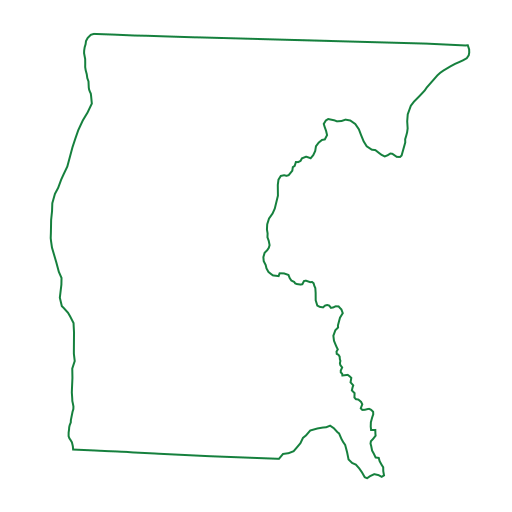 the district of Breu Branco, Pará, Brazil, rotated 2°
{"feature_id": "56859067B62895798843841", "entity_name": "Breu Branco", "entity_type": "district", "adm_level": 2, "iso_a3": "BRA", "parent_name": "Brazil", "parent_adm1": "Pará", "projection": "robinson", "projection_center": [-49.279, -3.757], "detail": "fine", "context": "isolated", "style": "outline", "palette": "green", "viewbox_px": 512, "rotation_deg": 2, "n_neighbors": 0, "source": "geoboundaries", "source_scale": "gbopen_adm2", "svg_char_len": 4004}
<svg xmlns="http://www.w3.org/2000/svg" viewBox="0 0 512 512"><g transform="rotate(2 256 256)"><path d="M85.6,101.7L86.6,109.4L82.6,118.6L80.8,121.8L78.2,126.5L74.0,136.4L71.4,144.8L68.8,153.7L64.3,173.2L60.9,181.0L58.7,186.3L55.9,194.8L52.9,200.9L50.6,210.3L50.6,218.3L50.0,227.0L50.2,239.9L50.2,241.9L50.2,245.3L50.6,248.0L51.8,254.7L56.7,269.5L59.5,278.7L62.4,284.7L62.5,291.5L61.4,304.5L63.7,312.9L65.5,314.5L70.2,319.4L72.5,323.1L76.0,329.4L76.2,332.0L76.8,338.8L77.3,357.5L77.4,360.1L78.5,367.3L76.3,374.9L76.8,384.3L76.7,395.6L76.7,398.8L77.3,404.6L77.5,407.3L78.2,410.1L78.8,412.8L78.8,415.4L78.1,418.0L76.7,426.5L76.7,428.8L75.7,431.6L75.3,433.6L75.2,436.1L74.9,439.0L75.0,442.6L75.9,444.8L77.1,446.4L78.5,448.6L79.1,450.7L79.6,452.6L80.0,455.8L102.4,456.0L106.7,456.1L108.4,456.1L114.0,456.2L115.7,456.2L121.9,456.2L123.7,456.2L127.6,456.3L129.8,456.3L133.4,456.3L139.4,456.6L161.6,456.9L164.9,457.0L216.0,457.7L286.0,457.9L289.9,452.9L295.5,451.9L300.4,449.8L303.2,446.3L306.9,441.6L309.3,436.1L312.2,433.6L316.3,428.5L323.5,426.2L328.8,425.1L332.1,424.7L336.0,423.0L339.8,425.4L343.7,429.4L345.2,430.4L347.8,435.9L349.6,438.9L351.7,441.7L353.9,449.0L355.6,456.1L359.3,459.5L363.1,461.0L366.6,464.7L369.5,468.6L372.4,473.3L374.8,474.2L377.7,472.0L381.8,469.9L386.1,470.7L389.3,472.3L391.6,470.8L390.7,466.6L390.5,462.7L388.7,460.1L386.7,456.7L385.7,453.5L382.6,453.2L380.6,449.4L378.8,446.4L377.7,441.7L377.0,439.5L377.3,437.1L379.4,434.7L381.8,431.4L381.5,429.1L381.3,425.7L377.1,425.9L376.6,422.4L376.6,418.1L377.7,413.4L378.7,410.1L378.5,407.6L376.4,405.7L374.4,404.8L372.8,405.1L370.1,405.9L367.6,406.1L366.0,404.6L366.7,402.5L367.4,400.5L366.1,398.1L363.3,395.9L360.8,395.6L359.3,394.0L359.3,389.6L356.5,387.0L357.1,383.9L357.7,381.9L354.9,379.0L355.5,374.5L353.7,372.9L351.8,371.6L346.5,372.4L346.2,370.6L344.8,369.4L344.7,367.5L346.0,364.4L344.1,362.1L343.6,360.2L344.0,357.9L343.4,356.2L343.1,353.6L341.8,351.8L340.1,351.0L339.8,348.7L341.0,346.5L339.6,343.9L338.6,341.8L336.9,338.0L336.1,333.0L337.9,327.4L340.5,324.6L340.3,322.5L340.9,319.9L342.1,314.7L344.7,310.1L343.2,306.4L341.7,305.0L340.3,303.5L337.3,303.5L335.0,304.7L332.7,305.2L330.9,303.0L328.9,302.5L326.8,303.1L324.8,305.0L321.5,304.6L319.0,303.4L317.2,298.2L316.9,290.9L316.4,286.0L315.3,283.7L314.5,281.2L312.9,280.0L311.2,280.3L306.7,278.9L304.8,279.4L303.3,282.6L301.6,283.0L297.8,282.6L296.1,282.0L295.1,280.6L292.2,279.3L290.5,277.0L289.1,273.8L284.5,272.4L280.2,272.5L279.3,275.3L273.6,274.8L271.4,273.3L269.0,271.5L266.9,268.0L266.0,264.7L264.9,262.7L263.9,260.9L263.4,256.9L264.5,252.5L267.1,249.7L268.5,247.4L269.2,244.7L268.2,240.4L266.8,236.9L266.8,233.0L266.0,229.1L266.1,223.9L267.7,218.1L271.1,212.9L273.1,208.0L275.8,195.0L275.3,184.2L275.8,178.9L278.0,175.1L281.3,174.3L283.7,174.8L285.8,174.1L289.3,169.5L289.7,165.9L291.5,164.6L292.6,160.7L294.9,160.7L297.2,159.4L298.5,156.8L302.6,155.0L304.4,155.5L307.2,156.4L309.7,153.2L311.5,149.0L312.1,144.2L314.7,140.5L317.9,137.7L320.7,137.1L322.8,132.7L321.7,128.6L320.0,124.3L319.1,121.6L321.1,118.1L323.4,116.6L329.7,117.7L332.2,118.6L336.8,118.1L340.7,116.6L345.5,117.3L350.6,120.6L354.4,125.8L356.7,131.3L359.6,137.7L362.8,142.5L368.0,145.7L371.6,146.0L375.7,149.0L377.9,150.5L381.2,152.0L384.1,150.7L386.7,148.9L388.7,149.1L393.2,152.0L396.5,152.0L398.0,150.5L401.2,137.3L401.0,134.1L401.9,130.7L402.7,127.2L403.1,123.2L402.4,116.1L402.7,109.1L405.5,100.4L408.5,96.2L413.5,90.8L417.1,86.7L418.9,84.6L420.8,81.6L431.1,69.0L433.8,66.4L437.0,64.0L444.0,59.5L448.3,57.0L451.9,55.3L455.9,53.3L459.7,51.0L461.6,48.0L462.0,45.3L461.8,42.1L460.3,38.0L458.0,38.3L418.9,37.8L325.7,38.5L204.7,39.4L191.8,39.5L186.8,39.6L155.5,39.7L149.2,39.7L139.9,39.7L126.9,39.9L106.6,39.7L91.8,39.7L89.7,39.7L86.2,39.7L83.2,40.7L80.2,43.9L78.6,47.1L78.3,50.3L77.5,53.3L77.1,56.6L77.1,59.3L77.8,62.5L78.4,65.1L78.6,69.4L78.7,73.2L79.3,76.3L80.5,80.2L81.2,84.1L82.5,87.4L83.0,93.6L83.4,95.5L84.3,97.7L85.2,99.4L85.6,101.7Z" fill="none" stroke="#15803d" stroke-width="2"/></g></svg>